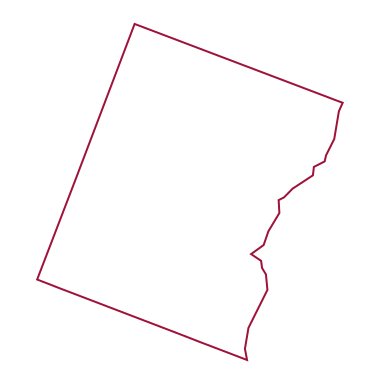 the district of Iowa, Wisconsin, United States of America, rotated 111°
{"feature_id": "52423323B56817190019531", "entity_name": "Iowa", "entity_type": "district", "adm_level": 2, "iso_a3": "USA", "parent_name": "United States of America", "parent_adm1": "Wisconsin", "projection": "robinson", "projection_center": [-90.132, 43.011], "detail": "fine", "context": "isolated", "style": "outline", "palette": "rose", "viewbox_px": 384, "rotation_deg": 111, "n_neighbors": 0, "source": "geoboundaries", "source_scale": "gbopen_adm2", "svg_char_len": 504}
<svg xmlns="http://www.w3.org/2000/svg" viewBox="0 0 384 384"><g transform="rotate(111 192 192)"><path d="M164.1,104.2L152.7,99.2L133.1,85.1L124.9,87.2L115.9,79.1L109.8,80.0L91.5,78.2L64.0,83.8L54.7,83.3L54.8,91.4L54.8,93.6L55.7,305.8L220.2,305.2L329.2,305.2L329.3,280.2L329.1,155.7L329.2,130.5L329.1,80.4L319.4,86.4L298.6,90.6L256.4,86.5L242.5,93.4L237.8,99.4L231.5,102.8L228.8,114.6L215.8,106.1L201.3,106.6L180.3,102.9L168.5,108.2L164.1,104.2Z" fill="none" stroke="#9f1239" stroke-width="2"/></g></svg>